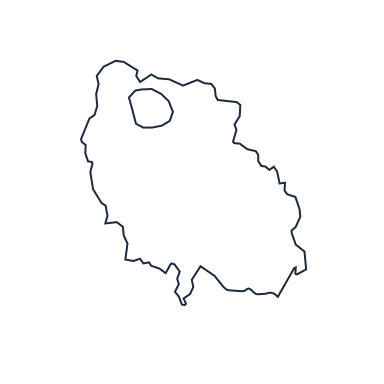 outline of Nottinghamshire, rotated 116°
{"feature_id": "GBR-2764", "entity_name": "Nottinghamshire", "entity_type": "Administrative County", "adm_level": 1, "iso_a3": "GBR", "parent_name": "United Kingdom", "parent_adm1": "", "projection": "equal_earth", "projection_center": [-0.985, 53.13], "detail": "fine", "context": "isolated", "style": "outline", "palette": "slate", "viewbox_px": 384, "rotation_deg": 116, "n_neighbors": 0, "source": "natural_earth", "source_scale": "10m", "svg_char_len": 1672}
<svg xmlns="http://www.w3.org/2000/svg" viewBox="0 0 384 384"><g transform="rotate(116 192 192)"><path d="M211.5,55.5L220.1,61.6L220.1,63.3L214.3,65.7L215.8,66.8L248.6,68.9L247.3,73.6L248.2,77.7L251.2,81.3L255.2,88.2L255.6,90.2L255.1,92.4L253.8,96.5L254.0,99.0L255.6,100.3L257.6,101.3L259.0,103.0L263.9,115.1L264.6,118.1L263.5,122.3L257.5,134.9L255.0,151.8L271.0,153.7L276.9,149.2L284.6,149.0L291.4,152.9L295.1,148.4L296.9,149.0L297.6,151.7L291.6,158.2L289.2,163.6L280.7,163.4L276.4,167.3L269.0,168.1L264.7,176.0L265.2,179.1L266.7,179.6L276.5,180.1L275.1,187.7L276.2,196.3L274.1,199.9L277.5,204.3L274.8,209.5L279.7,214.4L281.9,222.3L266.6,227.4L261.1,234.2L253.6,238.9L252.1,246.4L258.2,256.1L250.5,257.5L242.1,263.7L241.6,268.4L232.8,282.2L218.7,292.1L209.9,294.0L208.9,295.0L210.0,298.9L203.8,305.0L196.4,308.1L195.3,313.0L193.2,314.9L171.0,316.4L165.5,313.4L156.4,314.8L146.1,321.0L136.1,323.2L129.4,328.5L118.0,326.3L107.6,318.2L105.0,310.5L106.7,294.2L112.1,293.0L115.9,286.9L104.2,280.0L104.7,272.2L100.7,261.9L100.3,246.7L88.9,236.3L88.8,228.5L86.4,222.1L89.0,216.8L95.4,212.8L98.0,209.2L91.6,191.2L92.6,186.7L102.8,182.4L112.7,183.3L116.9,179.2L128.8,177.2L129.6,175.5L127.6,170.3L129.3,161.2L127.3,152.5L129.7,148.7L135.1,146.1L138.2,141.2L136.9,137.0L138.2,132.2L133.4,129.5L136.4,124.4L145.9,117.0L142.9,112.4L150.1,109.5L152.3,105.4L151.1,96.9L160.4,87.7L166.8,83.8L178.1,83.5L183.0,85.6L185.5,84.1L193.8,75.7L196.2,64.8L211.5,55.5ZM134.7,290.1L143.4,282.4L155.2,272.3L155.5,264.1L151.5,256.0L145.6,248.2L137.9,243.2L128.3,244.3L120.5,252.9L117.4,262.6L117.1,273.4L122.0,282.4L125.7,287.4L134.7,290.1Z" fill="none" stroke="#1e293b" stroke-width="2"/></g></svg>